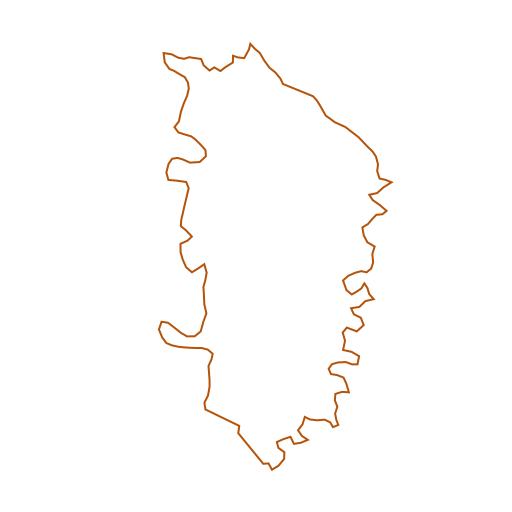 outline of Riqueza, Santa Catarina, Brazil, rotated 9°
{"feature_id": "56859067B39578779945900", "entity_name": "Riqueza", "entity_type": "district", "adm_level": 2, "iso_a3": "BRA", "parent_name": "Brazil", "parent_adm1": "Santa Catarina", "projection": "albers", "projection_center": [-53.345, -26.985], "detail": "fine", "context": "isolated", "style": "outline", "palette": "amber", "viewbox_px": 512, "rotation_deg": 9, "n_neighbors": 0, "source": "geoboundaries", "source_scale": "gbopen_adm2", "svg_char_len": 2578}
<svg xmlns="http://www.w3.org/2000/svg" viewBox="0 0 512 512"><g transform="rotate(9 256 256)"><path d="M362.2,146.4L358.9,139.0L354.7,134.5L349.4,130.8L338.7,122.6L324.0,114.6L313.1,111.6L302.9,106.4L295.4,97.0L291.9,93.0L287.3,89.3L255.7,81.9L252.4,77.0L246.4,71.7L239.8,67.9L233.7,61.8L227.9,54.8L222.7,51.7L217.2,47.4L216.7,53.2L213.4,62.4L207.2,62.7L202.0,61.8L202.9,68.5L196.1,74.4L191.9,78.9L185.4,76.2L181.1,80.1L174.4,75.8L171.0,70.0L164.5,70.1L158.9,70.1L154.1,72.5L148.1,72.3L141.2,70.0L133.0,70.0L135.6,79.0L141.2,84.8L146.2,86.0L151.8,88.3L157.7,90.5L161.7,95.4L163.4,101.2L162.9,108.6L160.9,116.2L159.3,125.1L158.8,135.1L155.3,141.5L160.0,146.1L165.9,147.0L173.4,148.0L178.3,150.7L183.5,154.4L189.5,159.3L190.9,165.3L185.7,172.0L176.2,174.1L168.3,172.0L163.1,171.4L157.9,173.1L155.2,178.8L154.4,187.6L157.6,194.6L165.4,194.0L175.4,193.8L178.9,199.5L178.1,210.0L177.4,219.1L177.0,225.8L176.5,231.6L177.1,238.3L182.5,241.4L189.6,246.8L186.0,251.5L179.5,255.8L180.9,264.0L184.2,271.0L188.7,278.0L195.3,282.1L200.7,277.4L206.2,272.2L209.9,280.2L209.7,288.1L208.9,294.8L210.5,301.9L212.5,311.7L216.0,320.5L214.3,329.1L213.2,339.1L208.0,344.9L200.4,346.2L193.6,343.5L185.8,339.1L179.5,335.7L173.0,335.7L171.6,343.7L176.0,351.0L181.1,356.0L186.9,357.4L194.0,357.8L199.4,357.5L205.6,356.9L211.7,356.2L216.7,355.4L223.0,356.0L228.5,359.3L228.2,365.0L226.3,372.1L228.2,380.1L229.6,386.2L230.6,392.5L230.4,401.4L228.0,409.0L230.1,415.5L266.0,426.4L266.2,433.8L295.7,460.1L300.8,458.9L305.2,464.6L311.0,459.7L315.5,452.1L314.7,445.3L308.2,442.1L305.7,436.5L311.7,432.6L318.3,429.2L322.9,435.6L329.6,433.4L335.9,429.5L329.4,426.5L324.8,421.5L328.3,414.9L329.4,407.3L334.9,409.0L342.2,408.7L349.5,406.9L355.3,408.7L358.8,413.0L363.7,410.0L360.9,405.1L358.8,399.3L359.9,392.0L356.5,386.4L356.0,379.8L362.3,376.7L369.1,376.1L365.3,368.2L361.5,362.4L354.6,360.9L348.5,360.9L345.4,356.0L347.9,351.0L353.4,348.4L361.2,346.7L368.0,348.0L373.2,347.1L373.5,338.8L365.4,335.7L356.7,335.2L357.2,325.8L353.6,318.0L356.9,312.5L367.3,314.7L373.2,307.4L369.2,300.6L361.8,298.3L358.1,292.7L366.1,290.1L371.0,283.5L379.0,280.2L373.8,275.9L371.0,270.1L367.3,266.1L365.1,271.6L360.7,275.7L356.6,279.0L350.7,275.6L345.8,266.5L350.4,261.0L356.6,257.0L362.3,254.5L367.8,254.8L371.7,250.5L372.7,244.1L370.6,235.9L371.7,228.1L363.8,225.0L359.2,218.8L356.6,211.1L361.6,206.9L364.8,201.6L368.4,196.5L374.3,195.0L377.9,191.0L370.1,186.2L362.5,182.5L358.3,177.8L365.8,174.9L371.2,168.2L378.3,162.0L371.7,160.5L366.0,160.2L362.4,153.2L362.2,146.4Z" fill="none" stroke="#b45309" stroke-width="2"/></g></svg>